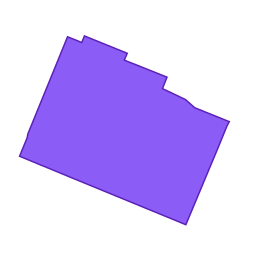 the district of Greene, Ohio, United States of America, rotated 18°
{"feature_id": "52423323B31889876987005", "entity_name": "Greene", "entity_type": "district", "adm_level": 2, "iso_a3": "USA", "parent_name": "United States of America", "parent_adm1": "Ohio", "projection": "robinson", "projection_center": [-83.906, 39.7], "detail": "fine", "context": "isolated", "style": "filled", "palette": "violet", "viewbox_px": 256, "rotation_deg": 18, "n_neighbors": 0, "source": "geoboundaries", "source_scale": "gbopen_adm2", "svg_char_len": 398}
<svg xmlns="http://www.w3.org/2000/svg" viewBox="0 0 256 256"><g transform="rotate(18 128 128)"><path d="M58.1,53.9L57.6,61.0L42.3,59.9L40.7,81.9L34.6,164.5L35.1,168.4L33.6,188.4L56.8,190.2L89.0,192.7L212.9,202.1L219.7,119.8L221.5,95.7L222.1,92.1L222.4,90.7L185.1,88.1L173.9,83.2L148.6,79.9L149.4,67.6L103.5,64.6L104.2,57.2L58.1,53.9Z" fill="#8b5cf6" stroke="#5b21b6" stroke-width="1.5"/></g></svg>